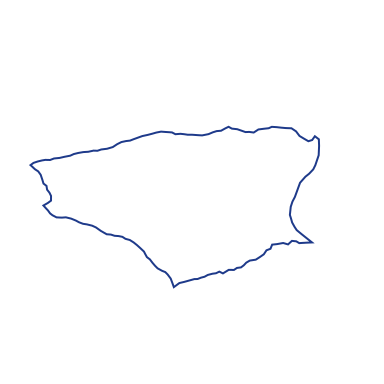 outline of Nantes, São Paulo, Brazil, rotated 241°
{"feature_id": "56859067B3251407102794", "entity_name": "Nantes", "entity_type": "district", "adm_level": 2, "iso_a3": "BRA", "parent_name": "Brazil", "parent_adm1": "São Paulo", "projection": "mercator", "projection_center": [-51.197, -22.601], "detail": "fine", "context": "isolated", "style": "outline", "palette": "blue", "viewbox_px": 384, "rotation_deg": 241, "n_neighbors": 0, "source": "geoboundaries", "source_scale": "gbopen_adm2", "svg_char_len": 2138}
<svg xmlns="http://www.w3.org/2000/svg" viewBox="0 0 384 384"><g transform="rotate(241 192 192)"><path d="M293.8,63.8L288.0,65.7L284.6,67.5L280.4,68.0L275.0,67.0L271.4,66.2L267.9,67.7L264.3,66.4L260.5,67.0L256.9,66.8L252.8,64.5L252.3,60.6L252.2,55.5L248.8,56.3L245.6,57.1L242.1,57.5L239.3,58.7L235.5,61.2L232.7,65.7L231.0,69.4L227.3,73.4L223.3,76.6L220.3,78.5L217.0,81.3L214.7,84.3L211.0,88.3L207.6,90.8L202.0,93.5L196.4,96.9L194.1,100.4L191.2,103.1L189.0,106.5L186.5,109.4L183.3,111.1L180.2,114.3L176.2,116.5L172.3,118.1L167.6,119.7L163.2,121.1L160.2,121.0L156.9,121.0L153.5,122.5L149.3,123.1L145.4,123.9L141.9,124.9L137.6,127.6L134.9,129.8L131.7,130.7L126.6,131.4L121.8,130.7L117.6,130.0L118.5,136.8L117.2,141.4L115.8,147.2L114.7,151.8L113.2,154.7L112.7,158.4L111.8,161.9L111.8,165.6L110.6,170.3L109.3,173.6L109.1,177.3L105.8,179.6L106.1,186.4L103.5,190.9L103.8,194.5L102.3,198.3L102.8,201.8L103.9,205.2L104.0,209.3L101.9,215.0L102.2,219.7L102.7,224.6L104.9,228.9L104.3,233.1L107.1,236.6L105.2,241.1L103.2,247.0L99.6,250.6L100.8,255.7L98.3,259.3L95.3,261.0L93.8,264.2L91.8,268.3L89.7,272.5L102.3,267.3L107.9,265.1L111.8,264.8L116.8,264.8L120.6,265.7L124.5,266.5L131.2,271.2L134.9,275.2L137.8,279.6L147.7,291.0L150.4,298.6L151.2,303.3L153.0,309.0L155.6,312.8L162.7,320.6L170.7,325.5L176.6,328.5L181.2,326.5L179.2,322.3L180.0,318.4L184.7,315.6L188.9,313.2L194.6,312.4L199.5,309.9L202.4,305.1L205.1,301.1L207.6,297.6L210.3,293.4L210.6,290.0L212.4,285.7L214.5,280.4L214.1,274.8L216.8,271.2L218.5,267.8L221.1,265.5L225.0,262.0L228.1,257.6L231.3,255.6L231.5,252.0L231.5,247.1L233.3,243.1L234.1,239.2L234.6,234.5L236.6,228.3L239.0,224.5L242.0,219.9L244.1,216.1L246.4,213.1L248.5,210.1L250.6,205.5L253.8,203.4L255.5,200.8L257.3,198.0L259.8,194.2L261.3,189.6L262.2,185.7L263.4,181.0L265.0,175.7L265.6,172.0L266.5,166.4L267.0,162.7L268.5,159.1L269.9,154.5L270.1,149.8L269.7,144.5L271.0,138.7L273.2,133.2L273.9,129.3L275.9,126.0L277.5,120.7L279.6,116.3L281.3,111.4L282.5,107.0L282.8,103.1L284.6,97.6L286.0,92.7L288.2,87.6L288.8,83.4L291.2,79.3L292.3,76.2L293.5,71.8L294.3,67.5L293.8,63.8Z" fill="none" stroke="#1e3a8a" stroke-width="2"/></g></svg>